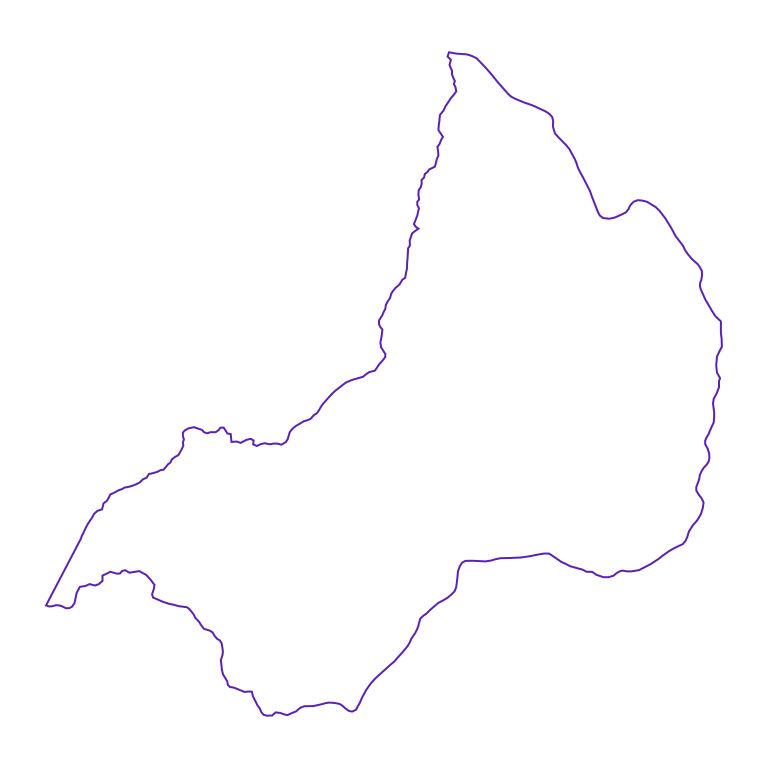 Carlinda, Mato Grosso, Brazil (Albers equal-area conic projection)
{"feature_id": "56859067B90935717597858", "entity_name": "Carlinda", "entity_type": "district", "adm_level": 2, "iso_a3": "BRA", "parent_name": "Brazil", "parent_adm1": "Mato Grosso", "projection": "albers", "projection_center": [-55.88, -10.063], "detail": "fine", "context": "isolated", "style": "outline", "palette": "violet", "viewbox_px": 768, "rotation_deg": 0, "n_neighbors": 0, "source": "geoboundaries", "source_scale": "gbopen_adm2", "svg_char_len": 5665}
<svg xmlns="http://www.w3.org/2000/svg" viewBox="0 0 768 768"><path d="M220.8,660.1L221.4,664.5L221.9,669.7L223.0,674.4L227.2,681.2L227.9,684.9L229.9,687.0L233.0,687.4L235.9,688.4L239.7,690.0L244.6,692.0L248.3,691.5L251.9,691.7L252.9,696.2L255.1,700.6L257.3,705.0L259.8,708.5L261.3,712.1L263.6,714.8L266.9,715.7L272.1,715.5L275.6,712.4L280.4,713.0L283.9,714.3L287.5,715.1L291.3,713.3L296.3,711.3L298.6,709.1L301.3,707.3L304.6,706.2L313.3,706.1L321.3,704.3L325.8,703.1L329.0,702.6L334.1,702.9L339.5,703.9L342.1,705.5L345.6,708.6L348.9,710.9L352.2,711.6L356.0,709.8L357.6,706.6L359.7,703.1L362.2,697.4L366.0,690.3L370.5,683.8L375.0,678.7L382.6,671.8L389.8,665.3L394.1,661.7L397.5,657.8L403.4,651.2L407.7,646.0L409.9,642.2L411.4,638.6L413.8,635.1L415.4,632.7L418.0,627.2L419.1,622.8L420.4,618.4L423.3,615.8L426.7,613.4L430.8,609.3L435.7,605.1L438.6,602.7L442.6,600.7L447.2,598.0L451.2,594.7L454.5,591.4L456.1,587.6L456.8,582.8L457.4,577.4L458.0,571.2L459.7,566.6L461.8,562.9L465.4,560.9L469.6,560.8L473.2,560.8L477.1,561.0L485.4,561.4L491.4,560.5L495.2,559.3L500.5,558.2L509.5,558.0L520.9,557.5L530.0,556.2L536.2,554.9L544.2,553.5L549.1,553.6L553.2,556.3L558.9,560.2L561.2,561.9L565.4,563.7L570.1,566.2L583.0,569.8L586.3,571.7L592.2,571.9L596.4,574.8L603.5,577.2L608.5,577.2L613.5,575.7L616.5,573.2L619.7,571.3L622.6,570.6L626.5,571.3L631.3,571.4L639.1,570.1L644.1,567.5L651.0,563.9L658.3,559.1L664.0,554.7L669.1,551.1L674.4,548.1L679.5,545.6L682.7,544.2L685.6,540.7L687.2,537.1L689.0,531.4L692.9,525.2L697.1,520.5L700.9,514.1L702.7,508.4L703.6,502.6L701.7,498.5L698.8,494.7L696.3,490.6L696.3,486.9L698.1,482.4L699.2,479.0L699.9,474.8L701.6,471.2L703.7,467.8L706.6,464.8L708.7,461.4L709.4,458.0L709.1,453.3L707.7,448.7L705.2,444.1L705.2,440.5L706.7,437.2L708.5,434.2L710.1,430.3L713.7,422.4L714.1,418.3L714.2,412.6L713.0,403.3L713.7,398.8L716.5,393.8L719.0,387.2L719.0,381.0L720.1,378.2L717.0,372.7L716.2,365.6L717.0,356.5L719.6,351.0L721.9,346.6L721.6,338.4L720.9,333.1L720.9,321.4L715.3,316.1L712.1,311.1L705.3,299.4L700.7,289.2L699.9,285.8L700.2,282.7L701.3,280.0L702.1,274.9L701.8,270.7L699.9,267.3L697.9,264.4L691.7,258.8L687.6,253.8L684.9,249.8L683.1,245.9L675.7,236.2L671.1,227.7L665.5,218.6L662.6,214.8L659.5,210.8L655.6,207.0L647.1,201.8L641.8,200.5L637.8,200.2L634.1,201.5L631.8,203.5L629.7,206.3L628.6,209.0L625.9,212.4L620.8,214.9L615.2,217.4L609.7,218.7L605.9,218.4L602.9,217.9L599.8,215.5L598.1,212.5L595.7,206.3L592.0,196.8L590.1,191.3L586.1,183.4L582.8,177.0L579.5,171.0L577.7,167.1L576.6,163.4L574.8,159.1L569.3,148.9L566.2,145.2L558.3,137.1L555.0,133.5L553.8,129.7L552.9,126.1L553.2,121.6L552.3,117.2L549.8,114.3L547.5,112.6L544.6,110.9L539.9,108.8L534.7,106.3L530.4,104.6L524.4,102.6L515.5,98.9L511.5,96.9L508.5,94.3L503.7,88.9L497.6,82.0L491.2,74.0L485.2,67.2L482.7,64.6L476.6,58.3L471.9,56.0L466.9,54.4L456.3,53.6L449.0,52.3L447.6,56.6L450.9,59.7L449.5,64.9L450.7,67.9L452.1,70.8L451.9,74.1L453.5,78.4L454.9,81.1L453.8,83.9L455.4,87.0L456.3,91.4L453.8,94.7L450.6,98.5L447.9,102.7L445.3,106.6L443.6,110.5L439.9,115.0L439.4,120.7L438.8,125.1L438.4,130.1L440.8,133.6L443.0,136.9L441.3,139.6L439.4,144.3L437.4,146.8L438.1,151.2L438.4,155.5L436.8,159.2L435.8,163.3L434.9,166.7L432.0,168.1L429.1,169.5L427.5,172.0L424.9,173.9L424.1,177.4L421.5,180.1L421.7,183.4L420.9,187.0L418.8,189.9L418.4,194.5L419.1,199.5L417.3,201.8L417.3,205.0L419.0,208.3L418.1,211.3L417.5,214.9L415.8,219.4L413.9,224.1L416.1,227.1L418.4,228.7L415.0,231.1L412.1,233.4L411.0,236.7L409.7,240.5L409.9,245.6L408.1,248.3L407.9,252.4L407.6,257.4L407.1,263.3L407.0,268.1L405.9,273.6L405.2,277.8L402.3,279.8L399.5,284.4L395.5,287.9L392.8,291.2L391.1,294.0L390.1,298.0L387.8,301.3L385.9,304.8L385.3,308.9L383.8,311.7L382.1,315.6L379.0,320.4L379.0,324.2L380.4,327.2L382.4,329.5L381.9,334.1L381.3,338.0L380.4,342.3L381.0,347.2L385.3,353.9L385.3,357.0L382.9,360.1L379.2,364.3L375.0,370.5L369.2,372.2L366.8,373.7L363.0,376.8L351.8,380.0L346.2,382.4L343.2,384.6L335.1,390.9L332.2,393.6L327.1,399.2L322.3,404.7L320.7,407.2L318.7,410.7L316.5,413.5L314.0,415.0L310.4,419.0L307.0,420.4L304.1,421.1L295.5,426.2L292.0,429.3L289.7,432.3L287.7,439.2L285.9,442.0L281.4,444.7L277.3,443.6L273.6,443.6L269.8,444.3L264.6,443.2L260.3,444.3L256.8,446.0L253.2,444.4L253.6,440.5L250.6,438.8L246.3,439.9L240.6,442.9L237.0,441.6L231.5,441.9L230.7,434.1L227.5,433.5L225.6,430.6L223.6,427.6L220.4,427.7L218.8,430.0L215.6,432.2L210.3,432.2L207.3,433.3L204.0,432.2L201.9,429.9L194.0,427.2L188.6,428.3L184.8,430.4L182.9,432.7L182.9,436.0L183.9,439.6L182.9,442.3L183.3,445.8L181.6,449.5L178.4,455.1L174.9,457.0L172.0,459.3L170.2,462.7L167.9,464.4L165.7,467.2L163.6,469.7L160.6,470.1L157.4,471.8L153.2,473.1L148.9,474.0L146.7,477.6L142.8,479.4L139.9,482.4L136.3,484.2L131.5,486.1L127.6,487.1L124.7,487.5L122.2,489.0L118.5,490.3L113.7,493.0L110.3,494.4L108.9,497.4L106.9,500.8L103.5,503.4L102.1,509.3L97.4,510.9L94.1,513.8L92.1,517.7L89.7,521.1L87.8,524.0L85.8,527.7L83.6,532.5L81.8,536.0L80.9,538.7L77.3,545.6L48.5,600.7L46.1,605.4L49.4,606.5L52.3,606.2L55.9,605.2L59.3,605.4L62.0,606.3L65.9,608.2L69.1,608.2L71.8,606.9L74.5,603.2L76.7,592.7L78.1,590.2L79.8,586.9L85.6,585.9L89.5,584.1L95.0,585.5L98.7,584.2L102.5,580.9L102.5,575.6L106.6,573.7L110.3,571.8L116.7,573.6L120.0,573.5L122.1,571.0L125.2,570.2L129.4,572.7L139.2,571.1L146.2,574.9L150.4,579.5L154.5,584.9L153.9,588.7L152.1,594.2L153.0,597.5L162.7,601.7L169.3,603.9L174.0,604.8L178.5,606.1L183.1,606.7L187.1,607.3L189.5,609.2L193.5,614.2L195.2,617.7L199.2,621.9L200.6,624.4L203.9,628.8L209.5,630.5L212.5,632.3L214.8,636.2L217.3,639.0L219.9,640.4L221.6,643.3L222.3,647.2L222.9,651.4L222.5,655.1L220.8,660.1Z" fill="none" stroke="#5b21b6" stroke-width="2"/></svg>